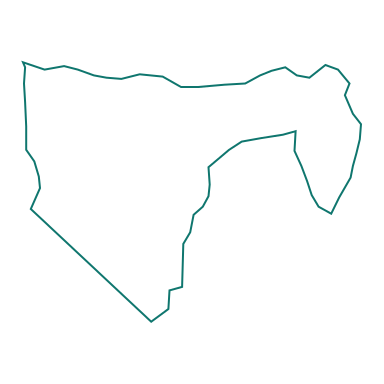 outline of Agios Epiktitos, Cyprus
{"feature_id": "46923920B11647519105740", "entity_name": "Agios Epiktitos", "entity_type": "district", "adm_level": 2, "iso_a3": "CYP", "parent_name": "Cyprus", "parent_adm1": "", "projection": "natural_earth1", "projection_center": [33.422, 35.313], "detail": "fine", "context": "isolated", "style": "outline", "palette": "teal", "viewbox_px": 384, "rotation_deg": 0, "n_neighbors": 0, "source": "geoboundaries", "source_scale": "gbopen_adm2", "svg_char_len": 842}
<svg xmlns="http://www.w3.org/2000/svg" viewBox="0 0 384 384"><path d="M26.2,149.8L34.3,161.4L38.8,176.5L40.0,188.1L30.8,209.0L151.2,321.7L168.4,309.0L169.5,290.4L182.1,286.9L183.3,243.9L190.2,232.3L193.6,214.8L202.8,206.7L208.5,196.2L209.7,184.6L208.5,167.2L229.1,149.8L241.7,141.6L261.2,138.1L283.0,134.7L295.6,131.2L294.5,150.9L301.4,166.0L307.1,181.1L311.7,195.1L318.6,206.7L331.2,213.7L339.2,197.4L350.6,177.6L352.9,166.0L356.4,153.3L359.8,139.3L361.0,124.2L352.9,113.8L344.9,95.2L349.5,83.5L342.7,75.3L338.0,69.6L325.4,65.0L309.4,77.7L296.8,75.4L285.3,67.3L271.5,70.8L260.1,75.4L245.2,83.5L224.6,84.7L210.8,85.9L198.2,87.0L181.0,87.0L162.7,76.6L139.7,74.3L121.4,78.9L106.5,77.7L93.9,75.4L77.8,69.6L64.1,66.1L44.6,69.6L23.0,62.3L25.1,67.3L24.0,83.5L25.1,102.1L26.2,126.5L26.2,149.8Z" fill="none" stroke="#0f766e" stroke-width="2"/></svg>